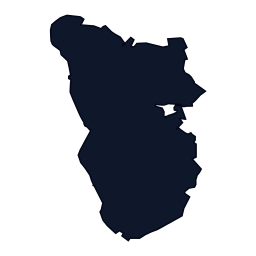 Al Qurashi, Gezira, Sudan
{"feature_id": "16777658B73110650377423", "entity_name": "Al Qurashi", "entity_type": "district", "adm_level": 2, "iso_a3": "SDN", "parent_name": "Sudan", "parent_adm1": "Gezira", "projection": "mercator", "projection_center": [32.662, 14.291], "detail": "fine", "context": "isolated", "style": "filled", "palette": "ink", "viewbox_px": 256, "rotation_deg": 0, "n_neighbors": 0, "source": "geoboundaries", "source_scale": "gbopen_adm2", "svg_char_len": 2067}
<svg xmlns="http://www.w3.org/2000/svg" viewBox="0 0 256 256"><path d="M139.6,238.2L145.1,234.7L150.7,232.0L157.5,229.4L182.0,215.8L183.7,208.5L189.6,196.9L184.5,193.3L184.9,191.5L188.9,188.1L194.5,187.1L195.8,184.5L195.7,180.0L197.1,175.3L199.5,172.2L201.2,169.1L192.2,159.0L196.1,157.0L196.1,144.1L194.6,143.2L193.8,141.7L195.1,140.3L195.2,136.6L191.9,134.3L190.9,132.8L188.1,134.2L185.3,133.1L180.3,129.5L178.9,128.2L176.9,128.5L182.5,122.6L180.0,119.1L180.6,118.4L180.7,118.5L181.0,118.5L181.7,118.7L183.4,118.9L184.5,119.1L185.0,119.2L185.6,119.1L180.9,106.0L179.8,105.7L175.5,105.4L174.0,107.9L174.2,108.4L174.2,108.5L174.2,109.0L174.3,109.9L175.4,110.4L176.6,110.6L177.1,111.1L177.1,112.2L173.2,114.0L168.6,115.5L166.8,116.4L166.5,116.5L165.7,116.5L165.5,117.7L163.8,116.1L164.0,111.9L162.2,108.2L155.4,106.3L155.5,104.4L162.1,105.0L164.4,104.9L168.2,103.6L180.6,104.4L181.7,106.1L183.7,106.6L186.6,106.1L192.3,106.0L192.0,103.3L195.1,100.6L200.2,95.0L205.4,91.2L194.1,83.1L194.3,82.1L191.1,77.0L188.8,74.8L185.0,72.8L183.1,68.9L184.7,59.7L187.2,59.0L183.7,49.7L186.9,47.4L182.9,38.8L180.6,38.0L167.8,38.9L169.1,46.0L162.9,47.2L146.1,43.1L136.9,43.5L134.0,47.0L130.8,46.4L133.9,39.8L130.8,37.5L122.2,46.4L124.3,42.7L120.2,37.1L115.1,34.3L111.5,31.9L110.8,31.2L105.4,25.8L103.2,26.6L101.1,28.8L98.1,27.6L93.8,26.0L84.0,25.2L80.8,25.1L83.8,19.2L80.3,16.9L79.4,16.8L76.2,16.4L66.8,15.4L61.5,17.4L60.0,18.1L59.1,18.8L55.6,21.4L51.8,24.7L50.6,30.0L50.8,35.8L51.1,40.9L52.4,44.1L54.0,45.7L60.3,50.3L61.2,54.7L64.8,58.0L67.8,60.9L69.4,68.0L70.7,75.1L68.8,76.2L68.7,78.5L71.0,79.7L70.6,83.4L70.2,91.8L70.4,92.7L73.1,99.4L75.5,104.9L79.2,113.4L80.9,117.0L84.1,122.7L84.0,123.8L85.1,126.0L87.1,126.8L90.7,130.8L87.6,136.5L85.3,140.7L82.7,145.5L81.5,147.8L80.5,149.5L78.3,155.1L80.8,162.5L85.5,168.5L89.9,175.1L91.7,180.7L93.5,184.6L93.1,185.3L94.3,186.0L102.9,203.0L101.4,209.6L100.1,211.9L103.1,220.3L107.2,225.4L108.2,226.4L115.7,233.3L119.4,230.7L123.4,233.1L122.0,235.9L128.3,240.6L130.0,238.2L139.6,238.2Z" fill="#0f172a" stroke="#020617" stroke-width="1.5"/></svg>